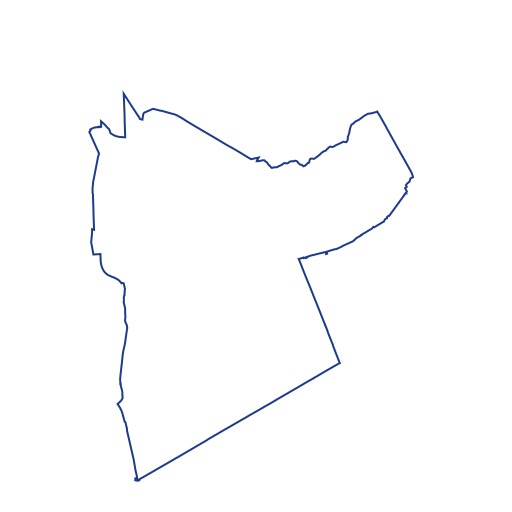 Dongen, Noord-Brabant, Netherlands (Equal Earth projection), rotated 76°
{"feature_id": "6326949B71586177807215", "entity_name": "Dongen", "entity_type": "district", "adm_level": 2, "iso_a3": "NLD", "parent_name": "Netherlands", "parent_adm1": "Noord-Brabant", "projection": "equal_earth", "projection_center": [4.948, 51.643], "detail": "fine", "context": "isolated", "style": "outline", "palette": "blue", "viewbox_px": 512, "rotation_deg": 76, "n_neighbors": 0, "source": "geoboundaries", "source_scale": "gbopen_adm2", "svg_char_len": 5970}
<svg xmlns="http://www.w3.org/2000/svg" viewBox="0 0 512 512"><g transform="rotate(76 256 256)"><path d="M445.4,423.6L444.6,423.6L444.4,423.1L444.3,422.6L443.3,419.0L437.5,398.8L432.8,382.5L432.5,381.2L430.7,375.1L426.5,360.8L423.0,348.9L423.0,348.7L422.2,346.7L421.4,343.9L420.5,340.7L417.4,330.2L416.2,325.9L413.6,316.8L412.6,313.2L412.1,311.5L410.9,307.3L410.5,305.8L409.1,301.2L406.2,290.8L404.0,283.3L402.5,277.8L401.8,275.5L400.9,272.4L400.0,269.5L397.0,259.1L395.2,253.0L394.2,249.4L391.0,238.6L389.8,234.4L389.5,233.3L389.4,232.9L388.6,229.8L388.3,229.0L388.2,229.0L387.9,227.6L386.7,223.6L385.8,220.6L383.6,213.0L382.7,209.9L382.0,207.4L381.4,205.2L380.2,201.0L380.2,200.6L368.9,202.1L361.3,203.0L360.7,202.9L348.5,204.6L346.5,204.8L346.4,204.7L339.9,205.5L340.0,205.6L326.9,207.3L305.1,210.3L302.8,210.6L288.8,212.6L284.6,213.2L272.2,214.8L269.2,215.3L269.2,213.6L269.1,212.3L269.1,211.3L269.1,210.9L269.0,210.3L269.6,210.2L269.5,209.2L269.4,208.1L270.0,208.1L269.8,206.8L269.2,206.9L268.9,203.2L268.8,202.3L268.9,200.3L268.9,194.4L268.9,192.1L268.9,188.6L269.0,187.7L271.1,187.5L270.9,186.4L269.0,186.5L268.8,184.3L268.7,182.5L268.7,182.2L268.5,177.8L268.7,176.9L268.7,176.5L268.5,175.2L267.9,171.8L267.8,171.1L267.2,169.5L267.1,169.1L266.8,167.2L265.6,160.7L265.3,159.0L265.1,158.2L264.7,157.3L263.0,154.5L262.7,153.6L261.4,149.0L261.4,148.8L261.0,148.8L260.8,148.2L260.2,146.1L257.5,137.0L256.1,135.1L256.7,134.3L254.3,126.3L253.9,125.2L253.5,123.5L251.8,122.2L251.5,121.6L251.2,120.8L251.0,119.7L249.9,119.4L249.1,117.9L249.3,117.1L232.7,97.3L232.4,97.2L232.5,97.0L231.2,95.6L231.4,95.1L231.0,95.2L230.0,94.0L226.2,94.9L225.3,93.0L223.6,93.4L222.3,91.9L221.0,89.1L218.0,87.3L217.6,84.6L215.1,84.6L212.9,84.9L209.4,85.8L200.4,88.2L193.6,90.1L182.4,93.2L179.3,94.0L177.8,94.4L175.8,95.0L168.5,96.9L164.9,97.9L163.9,98.3L163.0,98.3L156.9,100.0L149.4,102.1L148.9,102.4L145.2,103.4L145.4,104.8L145.4,106.0L145.4,107.1L145.5,108.8L145.3,111.7L145.0,112.8L145.4,114.0L145.7,115.4L146.1,116.9L146.7,118.3L148.7,123.1L149.6,127.1L150.3,128.2L150.6,129.0L151.3,130.1L151.6,131.5L153.4,132.9L156.1,134.4L159.0,135.7L161.4,137.2L162.9,138.2L165.0,138.7L166.6,139.8L167.4,141.0L166.8,142.4L166.4,143.3L166.3,144.2L166.8,145.9L167.3,148.8L167.7,150.7L167.9,151.9L168.7,154.5L168.7,155.7L167.8,157.4L167.8,157.9L169.0,160.3L169.7,161.5L170.1,162.1L170.5,162.5L170.6,162.9L170.8,164.7L171.1,165.5L171.5,166.9L173.2,169.9L174.2,172.0L174.8,173.6L175.6,175.4L175.7,176.0L175.7,176.5L175.5,177.1L175.1,177.9L174.9,178.5L174.8,179.2L175.1,180.1L175.6,180.6L176.1,180.9L178.0,181.7L178.3,182.0L178.3,182.5L178.3,182.9L178.3,183.4L179.2,184.5L179.6,185.2L179.8,185.8L180.2,186.5L180.4,187.6L180.5,188.0L180.3,188.2L180.1,188.6L179.8,188.7L179.3,189.0L178.9,189.4L178.6,189.7L178.5,190.0L178.4,190.3L178.2,190.7L177.8,191.2L177.0,191.7L176.4,192.2L174.4,193.1L173.9,193.5L173.4,194.1L173.1,194.8L173.0,195.4L173.0,195.9L173.2,196.5L173.1,197.2L172.8,197.6L172.8,198.2L172.7,198.7L172.6,199.2L172.6,199.9L172.6,200.3L172.9,200.8L173.0,201.4L173.5,202.2L173.6,202.8L173.6,203.8L173.1,204.8L172.9,205.3L172.7,206.4L172.9,207.0L173.5,208.2L173.7,208.7L173.9,209.7L174.1,210.5L174.4,212.4L174.5,213.0L174.9,213.6L174.9,214.5L174.3,217.2L174.3,217.8L174.4,218.3L174.4,219.2L174.3,219.5L174.2,219.6L173.5,220.0L171.9,220.8L170.9,221.5L170.5,221.7L170.0,222.0L169.3,222.2L167.9,222.7L167.5,222.9L167.3,223.1L166.6,223.9L166.4,224.1L165.4,224.6L165.2,224.7L165.1,224.8L165.0,225.2L164.9,225.6L164.8,226.0L164.7,226.7L164.7,229.4L164.6,230.0L164.6,230.6L164.4,231.4L164.2,232.4L163.8,232.2L161.1,229.6L161.1,231.1L161.1,232.3L160.9,234.2L161.0,235.9L160.8,237.3L160.8,237.5L152.3,245.9L145.3,253.0L143.2,255.4L140.8,257.9L136.7,262.0L133.7,265.0L128.4,270.4L121.3,277.7L119.0,280.0L115.1,284.0L111.3,287.8L108.9,290.2L106.8,292.2L104.4,294.4L100.3,298.8L99.0,300.5L98.1,302.2L92.2,312.6L91.9,313.5L91.7,314.0L90.2,316.7L88.7,319.5L88.4,320.1L88.3,320.4L88.3,320.6L88.4,321.0L89.5,327.5L89.8,329.2L90.1,330.0L90.2,330.3L90.5,330.6L90.8,330.9L91.2,331.1L92.1,331.5L93.0,331.9L96.2,333.2L95.1,335.4L92.9,335.9L90.3,336.9L84.4,339.0L66.6,345.1L76.7,347.2L88.6,349.7L92.5,350.6L92.4,350.6L109.2,354.2L108.7,355.8L108.1,357.7L107.2,360.2L106.8,361.0L106.3,362.0L105.7,363.0L105.0,363.9L104.8,364.3L103.3,365.9L101.6,367.5L98.9,367.6L97.5,367.9L96.6,368.3L96.2,368.7L95.7,369.0L95.0,369.4L94.3,369.8L93.8,370.1L93.3,370.2L91.8,371.1L91.1,371.5L87.8,373.8L89.7,374.2L93.2,375.0L93.2,375.6L93.0,377.5L92.5,377.4L92.6,379.1L92.5,379.5L92.4,380.3L92.3,380.7L92.3,381.9L92.4,383.0L92.6,384.1L92.9,385.3L93.3,386.3L93.9,386.2L94.2,386.2L94.3,386.2L95.3,387.7L118.7,383.5L121.4,385.2L141.0,394.3L142.7,395.1L144.7,396.1L147.7,397.1L150.3,398.1L151.2,398.3L152.4,398.6L154.4,399.1L155.6,399.3L156.7,399.3L173.4,402.9L176.4,403.6L191.4,406.8L190.4,408.6L193.4,409.3L202.8,412.6L215.2,413.4L216.5,406.5L223.7,408.0L226.4,408.3L229.1,408.2L230.4,408.1L231.3,407.9L232.9,407.6L235.4,406.6L237.3,405.3L238.8,404.1L241.7,400.3L242.3,399.2L242.5,399.2L244.3,396.9L244.8,396.4L245.5,395.7L246.3,395.1L246.6,394.8L247.3,394.4L248.4,393.8L248.8,393.6L249.9,393.2L250.0,393.0L249.9,392.8L249.7,392.4L250.5,391.0L251.5,391.0L256.3,391.1L258.1,391.9L258.9,392.0L260.2,392.5L262.5,393.2L262.8,393.7L263.4,394.0L267.2,395.0L269.1,395.6L272.5,395.6L275.1,395.7L275.8,395.8L280.2,396.9L281.6,397.1L283.1,397.3L285.2,398.1L285.8,398.3L287.0,398.7L287.4,398.7L288.5,398.7L289.0,398.6L289.5,398.6L291.5,398.1L292.0,398.1L293.4,398.3L294.0,398.2L295.0,398.5L302.0,401.4L309.2,404.3L316.2,407.8L318.2,408.6L319.8,409.3L324.8,411.1L340.7,417.0L342.7,417.6L343.6,417.9L344.7,418.0L346.0,418.2L347.4,418.2L347.4,418.6L355.2,418.5L361.7,419.9L363.7,421.8L366.1,426.1L369.9,424.8L373.8,423.9L374.6,423.9L376.7,423.7L385.1,423.5L385.7,422.9L392.7,423.0L394.0,423.4L416.8,423.8L423.6,423.9L433.9,424.7L441.4,424.9L443.4,425.2L442.6,426.8L444.4,427.4L445.4,425.2L445.4,423.6Z" fill="none" stroke="#1e3a8a" stroke-width="2"/></g></svg>